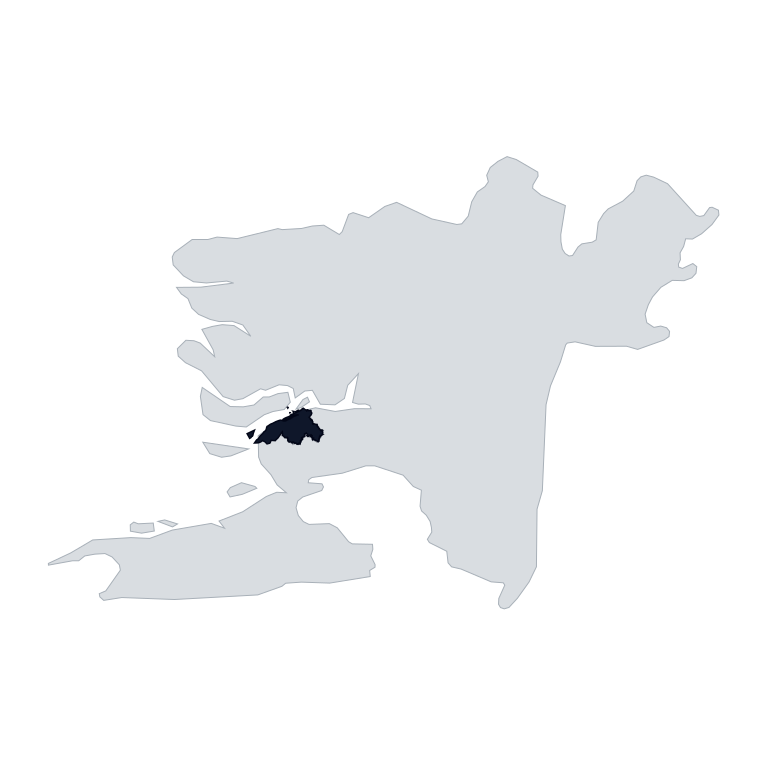 Lakshmipur, Chittagong, Bangladesh (highlighted), rotated 94°
{"feature_id": "16705992B31973889793084", "entity_name": "Lakshmipur", "entity_type": "district", "adm_level": 2, "iso_a3": "BGD", "parent_name": "Bangladesh", "parent_adm1": "Chittagong", "projection": "albers", "projection_center": [90.887, 22.836], "detail": "fine", "context": "in_parent", "style": "filled", "palette": "ink", "viewbox_px": 768, "rotation_deg": 94, "n_neighbors": 0, "source": "geoboundaries", "source_scale": "gbopen_adm2", "svg_char_len": 9555}
<svg xmlns="http://www.w3.org/2000/svg" viewBox="0 0 768 768"><g transform="rotate(94 384 384)"><path d="M249.1,560.8L249.2,540.6L236.4,500.7L237.1,496.3L234.6,477.1L231.4,466.5L229.8,455.1L238.0,439.0L234.9,436.3L217.3,431.1L215.2,426.8L219.2,410.9L206.8,395.5L201.9,384.1L216.0,347.8L219.8,322.5L218.8,317.6L210.7,311.7L196.1,309.2L185.9,304.3L180.0,297.0L175.0,294.0L168.6,296.1L160.6,293.1L154.0,285.9L148.6,277.1L150.9,267.6L161.9,245.4L165.9,244.8L175.0,249.3L178.4,249.4L184.6,240.6L193.4,215.5L222.7,218.1L229.8,217.4L237.1,215.5L241.2,212.4L243.4,208.4L242.7,204.9L233.8,200.0L230.4,196.4L228.0,186.2L225.4,182.4L207.8,181.6L198.7,176.8L193.7,172.6L185.0,158.7L174.1,148.3L163.5,145.7L159.5,142.3L157.4,137.0L158.8,129.5L164.4,115.1L194.0,84.2L194.8,80.7L193.7,76.7L185.3,71.5L184.8,69.0L187.3,62.5L192.1,61.7L202.0,67.9L212.0,77.7L217.9,86.4L218.1,93.2L225.9,94.7L232.5,97.8L239.4,97.0L243.8,98.7L246.8,98.2L247.9,94.3L242.3,84.3L245.1,80.2L251.8,80.5L256.6,84.3L260.0,91.9L260.5,103.7L268.2,114.5L278.4,122.2L286.4,125.8L296.1,128.4L304.5,126.1L308.7,118.7L306.9,112.0L308.2,106.0L311.6,102.8L316.8,103.0L320.6,107.8L331.8,133.4L329.4,144.7L331.7,175.8L328.6,196.3L330.4,204.1L332.3,205.5L349.5,209.5L374.3,217.8L393.3,220.9L479.4,218.6L498.2,222.6L555.7,219.2L571.4,225.5L588.5,236.0L598.2,243.8L599.9,248.4L598.9,252.2L595.7,254.4L589.9,254.5L576.3,249.5L574.0,251.1L573.9,263.3L563.2,294.3L561.7,303.8L557.9,307.6L546.5,309.7L539.0,327.7L535.9,329.9L528.4,326.0L523.7,326.7L517.9,328.4L512.0,332.6L508.0,337.7L503.4,339.5L487.3,339.3L484.2,347.6L473.6,358.6L466.3,387.5L466.9,396.4L475.9,419.4L482.3,449.4L484.7,452.4L487.8,452.7L487.9,438.9L490.9,437.2L494.6,438.7L502.4,457.2L506.8,461.9L513.5,463.1L521.2,460.3L526.9,454.9L529.3,449.0L527.1,428.8L530.7,420.6L543.8,408.3L545.7,404.5L544.7,384.3L549.7,383.6L556.4,385.2L564.8,380.3L567.4,380.2L571.0,385.3L577.0,384.3L586.4,424.3L587.4,452.6L589.6,468.2L592.9,471.7L603.2,495.2L613.6,578.0L615.3,630.7L619.4,648.5L616.2,652.6L613.0,653.4L609.8,647.1L588.1,634.0L582.8,635.4L575.5,643.2L572.6,650.5L573.9,660.6L576.4,670.5L581.6,676.2L582.1,682.5L588.1,706.1L586.4,706.3L574.4,684.8L559.9,663.7L554.9,625.8L554.4,607.0L544.5,585.0L535.1,546.6L539.0,533.0L532.2,539.0L521.3,516.0L504.4,493.5L499.5,483.5L499.3,473.8L492.1,483.6L482.3,490.5L472.3,500.9L465.6,504.0L444.5,505.9L432.3,492.1L414.8,458.2L412.5,450.6L414.8,430.7L410.7,411.8L409.6,395.2L406.5,396.7L405.2,401.2L405.9,408.2L404.6,414.1L375.4,410.2L387.8,420.1L401.2,422.5L408.2,431.4L408.6,446.1L395.3,455.0L396.5,462.5L404.1,471.6L394.8,474.2L392.3,480.1L392.1,488.6L398.5,501.7L397.4,506.8L408.5,523.8L410.6,532.0L407.8,543.6L383.6,566.9L376.6,583.5L370.6,591.2L363.2,592.6L354.2,584.7L354.1,576.6L356.0,570.2L368.6,554.8L361.8,556.8L342.2,569.5L338.5,559.1L336.1,549.5L336.2,537.7L345.7,520.2L335.0,528.9L332.0,539.8L333.2,552.8L331.7,561.9L327.5,573.8L321.7,581.0L312.5,585.5L308.3,592.5L302.1,597.7L300.2,573.6L293.8,541.0L292.3,548.0L295.6,568.2L295.3,581.2L290.1,591.6L279.9,602.6L272.1,604.1L267.5,602.3L253.2,585.4L252.1,569.6L249.1,560.8ZM427.2,562.4L409.2,566.3L400.1,565.1L417.2,535.9L416.6,522.8L414.0,512.2L405.4,503.6L404.9,497.5L401.0,489.1L399.0,479.3L408.7,476.2L416.4,481.8L419.2,492.9L423.0,501.3L436.5,518.4L436.3,528.9L432.6,554.6L427.2,562.4ZM465.6,552.9L454.7,560.7L458.2,514.5L466.4,531.7L468.4,540.9L465.6,552.9ZM507.4,529.7L502.6,533.0L498.1,530.1L492.4,519.3L495.2,505.6L496.9,503.6L503.9,517.6L507.4,529.7ZM548.5,626.7L542.2,627.3L539.2,624.0L540.6,619.4L538.8,604.5L546.7,602.9L549.7,615.4L548.5,626.7ZM541.3,585.0L536.8,599.9L534.9,593.3L538.0,580.2L541.3,585.0ZM413.3,465.2L415.1,470.0L405.2,463.8L402.5,459.4L407.0,457.1L413.3,465.2Z" fill="#d9dde1" stroke="#a8b0b8" stroke-width="1"/><path d="M413.8,462.8L414.1,463.6L414.7,464.1L415.3,464.2L416.1,465.0L416.6,466.1L418.2,468.9L418.7,469.5L420.2,472.5L420.5,472.6L420.1,472.0L420.7,472.7L420.8,473.2L421.5,474.4L422.0,474.6L422.2,474.4L421.5,473.2L421.8,473.5L422.0,474.0L422.3,474.2L422.8,473.5L422.7,473.9L422.8,473.8L423.0,473.3L421.9,472.1L421.2,470.4L421.2,469.6L420.7,468.5L420.8,467.7L421.0,467.7L421.0,468.4L421.9,469.9L422.8,471.9L423.5,473.0L424.0,473.4L425.5,475.4L426.3,477.8L426.6,477.8L427.6,479.4L427.8,480.3L427.8,481.9L427.3,484.0L427.3,485.0L428.0,486.8L429.1,489.2L431.0,492.3L432.0,494.4L434.1,497.0L434.3,497.5L434.7,497.8L436.3,498.2L437.3,498.2L438.8,498.9L439.5,499.5L440.0,500.3L441.9,501.5L444.5,503.9L447.2,505.5L448.1,506.3L448.6,507.1L451.9,509.1L451.5,505.7L451.3,504.8L450.4,503.0L449.6,501.9L448.9,501.2L450.2,498.3L451.8,496.8L451.8,496.0L451.2,494.6L451.1,493.9L450.3,493.4L448.1,492.7L448.1,488.5L447.6,488.2L444.9,485.8L444.1,485.4L441.3,483.6L440.0,483.1L438.8,482.1L440.7,481.8L440.9,481.6L442.0,481.8L442.5,481.8L442.7,480.8L443.1,480.2L443.5,480.2L443.9,479.7L443.7,479.5L443.9,479.1L444.1,479.4L444.4,479.1L444.1,478.9L444.4,478.4L444.4,477.9L443.8,477.1L444.2,476.4L444.4,476.3L444.6,476.7L444.9,476.5L445.5,476.7L445.3,476.5L445.3,476.3L445.5,476.0L445.8,476.0L445.6,476.2L445.6,476.3L446.4,475.9L446.9,476.1L447.2,475.9L447.2,475.6L447.3,475.5L447.5,475.5L447.4,475.3L447.7,475.2L448.4,474.9L448.6,474.6L448.5,474.2L448.3,473.6L448.1,473.1L448.7,472.2L449.0,472.2L449.1,471.8L448.6,471.6L448.2,471.0L448.4,470.8L448.7,470.7L448.2,470.6L448.1,470.4L448.4,469.8L448.9,469.4L448.9,468.8L449.2,468.8L449.0,468.5L449.2,468.2L448.9,468.0L448.9,467.8L449.6,467.3L449.8,466.8L450.0,466.7L449.8,466.4L449.9,466.2L450.2,465.9L450.2,465.6L449.5,465.4L449.6,465.1L449.9,465.0L449.6,464.3L449.9,463.6L449.3,463.4L448.9,463.4L448.6,464.2L448.2,463.6L447.9,463.6L447.7,463.4L447.6,462.8L447.3,462.7L447.1,462.9L447.1,463.2L446.5,463.4L446.3,463.0L446.0,463.0L445.9,462.5L445.1,462.4L445.2,462.0L445.4,461.9L445.3,461.7L445.1,461.7L445.1,461.9L444.8,461.5L444.7,461.4L444.6,461.5L444.3,461.3L444.2,461.4L444.4,461.5L444.2,461.6L444.4,461.8L444.1,461.8L444.3,462.1L444.1,462.2L443.6,462.2L443.4,462.6L443.2,462.5L443.2,461.7L442.9,461.3L442.5,461.1L442.6,460.8L442.5,460.4L441.7,460.3L441.7,459.9L442.0,459.9L441.9,459.5L441.7,459.5L441.8,459.6L441.4,459.7L441.2,459.4L440.3,459.4L439.6,459.8L439.5,459.5L439.1,459.5L439.1,458.7L438.4,458.2L438.9,457.8L439.1,457.1L439.4,457.1L439.5,456.7L440.5,457.2L440.4,456.9L440.6,456.6L440.3,456.5L440.4,456.4L441.2,456.4L441.5,456.6L441.7,456.4L441.6,455.9L441.3,456.0L440.8,455.2L440.8,454.6L439.9,454.2L439.7,453.1L440.4,453.0L440.6,453.1L440.7,453.4L440.9,453.5L441.0,453.7L441.7,453.8L441.7,453.2L441.4,453.0L441.4,452.6L441.1,452.6L440.9,452.2L441.5,452.3L441.6,452.1L442.0,452.0L442.2,452.4L442.8,452.1L442.9,451.9L442.9,451.0L443.8,451.7L444.0,451.7L444.4,451.5L444.3,451.3L444.6,451.1L444.4,451.0L444.4,450.3L444.0,450.2L444.0,449.8L444.3,449.5L444.4,449.2L444.8,449.1L444.8,448.6L445.3,448.5L445.3,447.4L445.2,447.2L445.4,447.0L445.5,446.6L446.1,446.5L446.0,446.2L446.2,445.7L445.8,445.6L445.6,444.9L445.4,444.8L444.5,444.9L444.3,445.1L444.2,445.0L443.9,445.1L443.8,444.9L443.4,445.1L443.3,444.8L443.1,444.7L442.6,444.9L442.2,444.8L442.3,444.5L442.1,444.5L441.0,444.6L441.0,444.3L441.3,444.3L441.2,443.7L440.9,443.7L440.9,444.0L440.0,444.1L440.1,443.8L440.0,443.0L439.6,442.8L438.9,441.9L438.9,442.1L438.2,442.0L437.9,442.1L437.6,441.7L436.7,441.8L436.5,441.7L435.8,442.0L435.4,442.4L435.2,442.2L435.2,442.5L434.9,442.4L434.6,442.6L434.3,442.5L434.4,443.1L434.2,443.3L434.4,443.7L434.8,443.9L434.5,444.3L434.1,444.5L433.7,444.7L433.5,445.0L433.2,445.2L433.3,445.7L432.4,446.0L431.7,446.2L431.4,446.6L431.5,446.8L431.4,447.3L431.1,447.5L430.1,447.5L429.1,447.9L429.3,448.3L428.9,448.9L429.0,449.5L428.7,450.6L428.9,450.6L428.9,450.9L428.8,451.2L428.5,451.6L428.7,451.8L428.8,451.9L428.5,452.1L428.9,452.1L428.7,452.4L428.3,452.3L428.2,452.5L427.8,452.5L427.2,452.4L426.9,452.6L426.4,452.5L426.1,452.9L425.5,453.0L425.3,453.5L424.6,453.5L424.4,454.0L424.9,454.2L424.9,454.4L424.5,454.4L424.1,454.8L423.7,454.9L423.9,455.2L423.4,455.4L422.5,456.4L422.2,456.3L420.0,454.6L418.6,454.1L418.0,454.0L416.4,455.0L415.9,454.9L415.8,455.3L415.5,455.4L415.9,457.5L415.6,458.0L415.0,458.2L415.0,458.4L415.2,458.8L416.0,458.9L416.2,459.3L415.3,459.6L415.3,459.8L415.5,460.2L413.8,462.8ZM443.1,517.1L447.6,514.2L446.8,513.1L445.5,512.2L445.3,511.7L445.0,511.5L444.5,511.3L442.1,510.9L439.1,510.0L443.1,517.1ZM425.2,476.6L424.8,475.2L424.0,475.6L423.7,475.6L423.5,476.2L423.1,476.6L424.2,478.9L424.5,479.5L425.0,479.4L425.5,479.1L427.1,480.1L426.8,479.4L426.1,478.5L425.5,477.6L425.2,476.6ZM426.5,482.3L426.7,481.3L426.9,480.7L426.8,480.1L425.6,479.3L424.6,479.7L425.4,481.1L426.3,482.2L426.5,482.3ZM424.0,475.5L424.7,475.0L423.9,474.2L423.8,473.9L423.3,473.6L422.6,475.1L422.8,475.9L423.0,476.3L423.4,476.1L423.7,475.4L424.0,475.5ZM417.7,471.8L417.6,472.7L418.0,472.3L418.5,472.2L418.7,472.4L419.0,472.2L418.3,471.9L418.2,471.8L417.7,471.8ZM413.5,479.2L414.0,478.9L414.3,478.3L414.5,478.5L414.8,478.3L414.3,478.0L414.1,478.0L413.8,478.5L413.7,479.0L413.5,479.2ZM418.0,470.1L417.5,469.3L416.9,468.7L417.1,469.4L417.5,469.6L417.7,470.2L418.0,470.1ZM421.8,471.0L421.8,470.2L421.4,469.7L421.4,470.6L421.6,471.0L421.8,471.0ZM422.8,472.7L422.0,471.3L421.7,471.2L422.1,472.2L422.8,472.7ZM416.9,468.7L416.5,468.0L415.8,467.3L416.0,467.8L416.9,468.7ZM421.8,475.3L421.5,474.8L421.2,474.6L421.5,475.2L421.8,475.3ZM420.8,473.7L420.5,472.9L420.4,472.8L420.6,473.7L420.8,473.7ZM416.3,465.7L416.0,465.1L415.8,464.9L415.9,465.5L416.3,465.7ZM419.4,476.0L419.4,475.8L419.2,475.7L419.2,476.0L419.4,476.0ZM418.1,470.4L418.1,470.1L418.1,470.4Z" fill="#0f172a" stroke="#020617" stroke-width="1.5"/></g></svg>